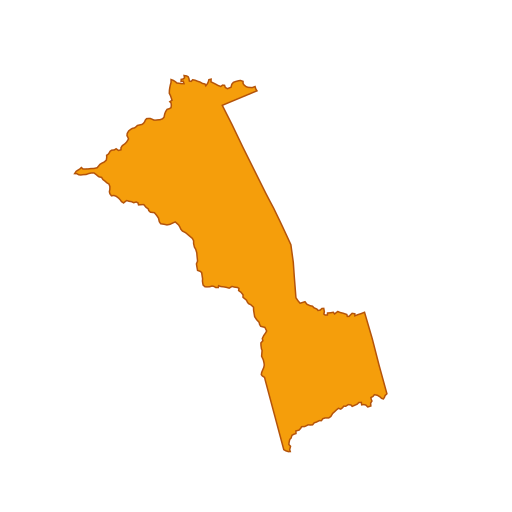 the district of Pequizeiro, Tocantins, Brazil, rotated 312°
{"feature_id": "56859067B87843438844420", "entity_name": "Pequizeiro", "entity_type": "district", "adm_level": 2, "iso_a3": "BRA", "parent_name": "Brazil", "parent_adm1": "Tocantins", "projection": "mercator", "projection_center": [-48.925, -8.4], "detail": "fine", "context": "isolated", "style": "filled", "palette": "amber", "viewbox_px": 512, "rotation_deg": 312, "n_neighbors": 0, "source": "geoboundaries", "source_scale": "gbopen_adm2", "svg_char_len": 4464}
<svg xmlns="http://www.w3.org/2000/svg" viewBox="0 0 512 512"><g transform="rotate(312 256 256)"><path d="M330.3,74.8L328.3,76.6L325.8,77.9L323.4,79.3L321.3,80.7L318.9,82.7L318.0,85.0L316.8,87.2L315.5,89.4L313.0,88.7L312.9,90.5L311.4,92.2L309.4,93.6L307.5,93.0L305.5,91.8L302.9,92.2L300.5,93.1L297.6,94.8L295.4,94.7L293.1,93.5L291.2,91.7L289.8,90.5L288.7,89.2L288.1,87.2L287.4,85.3L286.3,84.1L284.9,82.8L283.0,82.8L281.3,83.4L279.5,83.6L277.6,83.3L275.5,81.8L273.6,80.5L271.8,80.4L269.9,80.0L268.1,78.7L266.1,78.1L263.7,77.7L260.9,78.3L259.1,79.6L258.5,81.3L257.7,82.9L255.8,83.3L254.0,83.6L251.6,83.5L248.6,82.8L246.2,83.2L244.5,84.6L242.4,83.2L242.1,80.3L240.0,79.7L238.0,77.9L236.2,77.5L234.5,77.9L232.8,78.1L230.9,77.6L229.5,79.0L227.1,80.6L224.2,80.3L221.8,79.3L219.7,78.7L217.8,78.8L215.3,78.9L212.6,77.0L210.4,74.7L208.5,73.1L206.5,71.0L204.9,69.2L204.9,67.0L202.9,66.9L200.6,66.2L198.6,65.7L195.9,66.1L197.3,67.8L197.8,70.0L199.0,71.6L200.8,73.1L202.9,75.2L205.3,76.5L207.3,77.9L209.3,80.0L209.6,82.9L209.6,84.7L209.8,86.4L211.1,88.6L210.4,91.1L210.6,93.5L210.6,96.2L211.1,98.6L209.8,101.0L207.7,102.8L205.6,104.1L204.5,105.8L204.0,108.3L205.9,109.9L206.8,112.1L207.1,115.1L206.9,117.7L206.4,119.6L206.8,122.1L208.4,122.3L210.7,122.8L211.7,125.0L213.1,127.2L213.8,129.5L216.0,130.8L216.5,132.8L215.4,134.5L218.0,137.0L219.1,138.2L218.6,141.7L218.9,144.4L218.0,145.9L217.9,148.2L219.0,149.8L220.2,151.5L219.7,155.0L218.9,158.2L216.8,161.2L216.2,163.6L218.1,166.5L219.5,169.0L222.0,170.9L224.9,172.1L227.3,173.2L227.3,177.8L226.6,180.0L225.6,182.3L225.3,184.6L226.2,188.0L226.5,196.9L225.6,199.4L223.5,201.3L221.4,204.3L220.6,206.8L218.7,209.9L216.8,211.9L213.1,216.0L210.3,217.0L208.9,218.7L206.2,222.2L207.3,224.9L207.3,226.7L203.3,231.6L201.6,232.9L200.1,234.7L199.0,236.2L199.0,238.7L200.5,240.5L202.2,242.2L204.2,243.4L205.2,245.0L205.7,247.3L207.4,249.1L208.9,248.1L209.8,250.4L211.3,252.4L212.8,254.8L214.2,257.6L217.3,258.5L218.6,261.0L220.2,263.3L220.5,265.0L218.7,266.2L219.0,269.1L218.5,272.3L216.6,274.0L216.7,276.2L216.8,278.4L215.9,280.7L215.6,282.4L216.3,284.6L216.3,288.4L214.1,290.5L210.0,295.6L209.1,299.1L208.8,302.7L207.6,304.4L206.9,306.5L208.9,310.4L207.4,314.1L205.3,314.6L202.0,315.0L198.9,315.9L197.6,317.8L194.7,317.8L192.9,319.5L190.7,322.1L189.9,323.7L185.3,327.2L183.7,330.9L181.9,333.5L180.5,335.1L178.5,336.3L173.3,338.1L171.4,339.3L171.1,341.0L171.5,343.6L169.6,346.4L130.7,406.2L131.2,408.6L132.3,411.0L133.6,412.3L134.6,410.6L137.7,409.0L137.9,406.5L139.8,405.2L142.3,403.8L144.1,403.9L146.8,402.7L148.9,403.4L150.8,404.5L152.7,402.7L155.4,404.5L157.9,404.5L159.7,404.1L161.7,406.2L163.5,407.0L165.4,407.7L166.9,409.6L168.4,411.0L171.1,410.9L172.9,412.0L176.0,413.2L177.4,414.8L179.7,414.5L181.9,415.7L184.3,418.4L186.8,419.0L190.2,418.3L193.0,418.6L195.8,418.8L198.0,419.2L198.9,421.4L201.1,421.8L203.1,421.7L204.4,423.2L207.3,424.0L208.8,426.1L208.6,428.1L211.5,429.4L213.5,430.3L216.0,430.5L217.7,432.3L216.1,434.1L217.6,435.4L218.7,437.2L218.6,440.1L221.4,441.7L223.4,439.6L225.8,439.2L226.6,437.5L227.7,436.1L229.8,436.9L232.2,436.8L233.7,439.4L234.3,442.5L234.2,444.5L235.0,446.3L237.0,446.0L238.7,445.3L241.2,445.5L257.2,420.5L272.4,397.6L286.8,374.3L283.2,372.5L280.7,371.0L277.7,369.5L279.2,368.1L277.7,365.8L275.2,365.6L273.5,365.6L272.2,364.3L273.3,362.6L271.8,359.1L270.2,356.1L269.5,353.9L267.4,353.5L265.5,353.2L265.9,351.1L263.7,349.4L261.5,347.3L260.0,348.5L258.4,347.0L258.3,345.2L260.3,344.1L262.4,341.4L261.1,340.1L258.7,339.9L257.0,338.5L257.3,336.8L256.3,333.7L256.5,331.6L255.2,329.3L254.2,326.1L254.8,323.0L252.8,321.8L250.4,320.4L250.8,317.2L251.7,313.6L267.0,297.5L276.2,288.0L287.7,274.4L291.1,266.5L295.4,256.4L297.7,250.9L303.3,237.2L306.2,229.2L309.3,220.9L328.1,173.3L337.5,150.5L345.4,130.1L379.4,146.2L380.0,144.1L381.3,141.9L378.6,140.5L377.1,138.6L376.0,137.2L375.2,135.2L375.1,132.8L375.5,131.0L377.1,129.5L376.0,126.9L374.3,125.6L372.0,124.1L369.9,123.0L367.4,123.1L364.7,124.5L363.0,123.7L361.2,122.8L360.7,120.4L361.8,118.4L360.6,116.8L358.4,116.4L357.3,113.6L356.8,111.3L356.1,108.8L355.3,106.0L357.4,104.3L355.5,103.0L353.6,104.0L351.5,104.6L348.9,104.8L349.7,103.0L348.4,100.7L347.8,97.9L346.8,95.7L345.9,93.2L344.6,91.0L342.4,91.0L341.4,89.5L343.0,87.4L343.8,85.7L343.4,84.0L342.0,81.8L340.6,83.7L338.6,83.3L337.2,82.2L335.6,83.5L337.2,85.1L335.9,87.2L334.2,85.3L332.8,83.1L331.6,81.5L331.6,79.7L331.2,77.1L330.3,74.8Z" fill="#f59e0b" stroke="#b45309" stroke-width="1.5"/></g></svg>